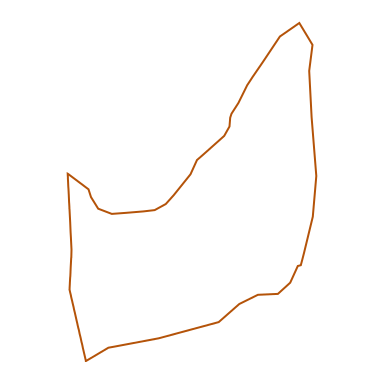 Babanusa, South Kordufan, Sudan (Equal Earth projection)
{"feature_id": "16777658B12271079488091", "entity_name": "Babanusa", "entity_type": "district", "adm_level": 2, "iso_a3": "SDN", "parent_name": "Sudan", "parent_adm1": "South Kordufan", "projection": "equal_earth", "projection_center": [27.395, 11.378], "detail": "fine", "context": "isolated", "style": "outline", "palette": "amber", "viewbox_px": 384, "rotation_deg": 0, "n_neighbors": 0, "source": "geoboundaries", "source_scale": "gbopen_adm2", "svg_char_len": 1500}
<svg xmlns="http://www.w3.org/2000/svg" viewBox="0 0 384 384"><path d="M304.0,253.0L312.8,216.7L316.3,176.0L311.6,117.1L309.2,70.9L312.5,44.9L307.3,36.2L299.3,23.0L279.9,36.5L262.6,62.4L252.5,77.1L250.7,79.9L247.2,85.2L238.4,103.0L231.5,113.7L230.2,117.7L229.5,126.5L224.2,135.9L203.0,154.8L197.0,160.0L190.5,174.3L173.7,195.2L165.8,204.0L154.7,210.1L143.5,211.4L126.6,212.8L111.8,213.9L98.2,208.7L91.0,197.1L88.5,189.3L67.9,173.8L67.7,173.7L67.8,176.0L67.9,177.4L67.9,178.7L67.9,178.9L68.0,180.4L68.1,182.4L68.3,186.9L68.4,188.0L68.5,189.7L68.6,191.5L68.7,193.5L68.7,193.8L68.8,195.0L68.8,195.7L68.9,197.7L69.1,202.5L69.2,203.7L69.4,207.3L69.4,208.5L69.5,209.2L70.1,220.7L70.2,222.6L70.6,232.3L70.9,237.4L71.0,239.5L71.5,249.7L71.3,257.6L71.2,257.8L71.0,261.7L70.7,267.1L70.5,271.8L70.5,272.2L70.3,276.4L70.2,277.1L69.9,282.2L69.8,284.5L69.6,288.2L69.6,289.4L69.5,289.7L69.7,290.3L70.1,292.2L70.9,295.4L70.9,295.5L71.2,297.1L71.8,299.6L72.2,301.2L72.5,302.6L73.6,307.2L73.9,308.8L74.3,310.5L74.9,312.9L75.0,313.4L76.8,321.4L77.1,322.6L77.2,323.0L77.7,325.4L78.4,328.4L78.5,328.7L78.6,329.0L79.0,330.7L79.6,333.7L80.6,337.7L81.6,342.4L81.8,343.0L82.3,345.1L82.9,348.1L83.7,351.4L83.7,351.5L85.2,357.9L85.4,358.8L85.6,359.5L85.6,359.8L85.7,360.1L85.8,360.5L85.9,360.8L85.9,361.0L86.0,361.0L108.4,347.7L114.0,346.7L158.7,338.3L218.7,322.1L239.3,304.0L257.9,294.8L277.9,293.9L290.2,282.7L295.5,271.1L297.8,266.0L300.8,265.2L302.3,259.6L304.0,253.0Z" fill="none" stroke="#b45309" stroke-width="2"/></svg>